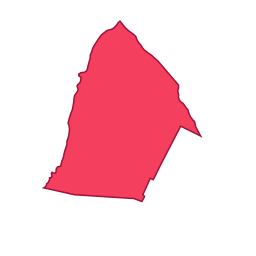 Gagaifomauga I, Samoa (Mercator projection), rotated 297°
{"feature_id": "51752279B82418493782351", "entity_name": "Gagaifomauga I", "entity_type": "district", "adm_level": 2, "iso_a3": "WSM", "parent_name": "Samoa", "parent_adm1": "", "projection": "mercator", "projection_center": [-172.391, -13.461], "detail": "fine", "context": "isolated", "style": "filled", "palette": "rose", "viewbox_px": 256, "rotation_deg": 297, "n_neighbors": 0, "source": "geoboundaries", "source_scale": "gbopen_adm2", "svg_char_len": 1328}
<svg xmlns="http://www.w3.org/2000/svg" viewBox="0 0 256 256"><g transform="rotate(297 128 128)"><path d="M219.6,72.3L216.9,71.3L214.9,71.2L210.8,70.0L208.1,68.2L205.2,64.9L198.8,62.0L194.5,61.3L186.7,60.5L183.1,60.4L179.4,61.0L176.0,61.3L172.2,62.9L170.9,63.0L166.0,64.0L161.6,65.2L159.8,65.0L158.3,64.3L155.8,60.9L153.7,59.6L152.0,60.7L152.0,62.9L150.8,63.6L147.5,64.6L146.3,64.5L143.6,63.5L142.2,63.5L139.7,66.2L136.9,66.3L133.2,65.7L130.0,66.4L126.5,67.9L119.1,70.1L115.4,70.4L111.1,71.1L105.0,72.4L103.7,74.2L100.2,76.5L95.2,78.4L93.1,79.0L88.4,79.6L85.5,81.1L84.0,81.3L78.3,82.2L71.1,84.0L69.1,84.0L63.3,85.3L61.3,82.8L58.7,82.7L56.1,83.9L54.9,83.6L53.9,82.0L54.1,80.5L52.8,80.3L50.6,82.1L48.8,81.9L48.1,80.7L46.8,81.4L43.2,81.7L41.4,80.8L39.8,81.3L38.0,81.0L36.4,80.1L44.2,110.5L67.8,165.2L68.8,173.7L74.4,173.9L75.6,171.5L93.3,170.7L93.4,174.0L108.6,173.8L115.6,173.8L153.5,174.1L153.8,188.1L153.8,196.4L159.6,188.0L164.2,184.1L164.2,182.9L166.5,178.2L169.4,174.9L171.3,173.2L172.3,170.9L175.0,165.8L175.0,164.0L176.0,161.4L177.8,159.3L180.9,157.8L183.6,155.4L186.4,155.0L189.2,153.5L201.2,124.4L202.6,119.0L203.5,116.0L204.0,111.8L205.0,106.8L206.3,104.0L207.6,102.0L208.9,98.8L210.5,96.2L213.1,93.3L213.9,90.5L214.9,84.4L216.3,79.5L218.7,74.3L219.6,72.3Z" fill="#f43f5e" stroke="#9f1239" stroke-width="1.5"/></g></svg>